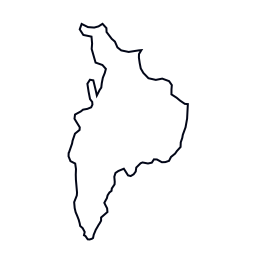 outline of Kiti, Larnaca, Cyprus, rotated 355°
{"feature_id": "46923920B16872533140299", "entity_name": "Kiti", "entity_type": "district", "adm_level": 2, "iso_a3": "CYP", "parent_name": "Cyprus", "parent_adm1": "Larnaca", "projection": "mercator", "projection_center": [33.572, 34.846], "detail": "fine", "context": "isolated", "style": "outline", "palette": "ink", "viewbox_px": 256, "rotation_deg": 355, "n_neighbors": 0, "source": "geoboundaries", "source_scale": "gbopen_adm2", "svg_char_len": 1788}
<svg xmlns="http://www.w3.org/2000/svg" viewBox="0 0 256 256"><g transform="rotate(355 128 128)"><path d="M90.9,20.3L88.5,25.5L91.6,31.4L99.6,33.8L99.6,40.8L98.7,46.1L100.3,54.4L101.4,60.0L108.0,63.0L111.1,67.2L109.7,71.1L107.3,75.8L105.8,81.0L104.9,85.4L103.1,87.6L99.8,92.9L99.1,87.4L97.6,77.5L94.3,76.6L91.4,80.4L91.9,88.3L92.7,95.9L94.6,98.9L94.6,101.6L93.1,104.2L89.2,105.4L84.8,105.8L82.4,107.4L76.4,110.0L75.5,114.1L77.4,118.0L80.0,123.1L79.6,125.7L74.7,129.0L71.7,135.8L70.9,138.7L67.0,147.4L66.7,147.7L66.3,151.0L67.8,156.0L72.3,158.8L72.6,164.4L71.9,169.9L71.6,175.0L71.6,180.0L71.6,187.9L71.1,190.8L67.9,197.2L67.9,203.1L68.5,207.3L69.8,211.3L70.9,215.1L71.6,219.0L71.8,221.4L74.1,223.8L75.8,227.8L74.8,231.0L76.2,231.9L77.7,234.6L78.2,235.4L80.0,235.7L82.4,235.2L82.9,234.9L83.6,234.5L84.6,231.2L86.1,228.4L87.0,226.6L88.3,224.8L90.3,221.9L91.6,220.3L93.1,218.0L93.4,214.8L97.0,212.2L100.2,209.9L100.2,206.2L98.9,203.1L97.9,200.5L99.7,197.7L100.8,196.2L101.8,193.3L103.9,190.6L106.1,189.2L106.6,186.8L109.7,183.0L110.1,180.4L110.1,175.4L111.6,171.7L114.6,170.0L116.8,169.3L120.3,168.2L123.9,175.2L126.5,176.1L129.6,174.6L131.9,172.0L132.8,168.1L137.5,164.2L139.5,163.6L144.8,165.1L148.7,164.6L151.1,161.5L154.1,161.9L158.7,165.0L160.0,165.1L161.2,165.2L162.3,165.2L166.0,164.3L168.3,160.6L172.7,157.6L174.7,155.2L178.7,151.5L179.3,146.9L181.2,142.6L182.0,139.6L185.4,132.3L187.7,123.8L189.7,109.4L186.7,108.9L182.3,105.3L179.1,102.1L174.2,98.3L174.7,93.2L175.4,89.1L173.0,84.9L166.4,81.8L159.9,82.5L152.7,80.2L148.1,74.5L145.9,69.8L145.3,64.3L145.0,58.8L145.4,55.3L148.1,51.6L145.5,51.6L135.3,52.3L128.0,50.1L124.5,46.8L122.5,40.8L119.6,37.8L115.0,30.5L115.2,26.6L111.7,22.0L107.5,24.2L103.1,25.0L96.9,24.0L90.9,20.3Z" fill="none" stroke="#020617" stroke-width="2"/></g></svg>